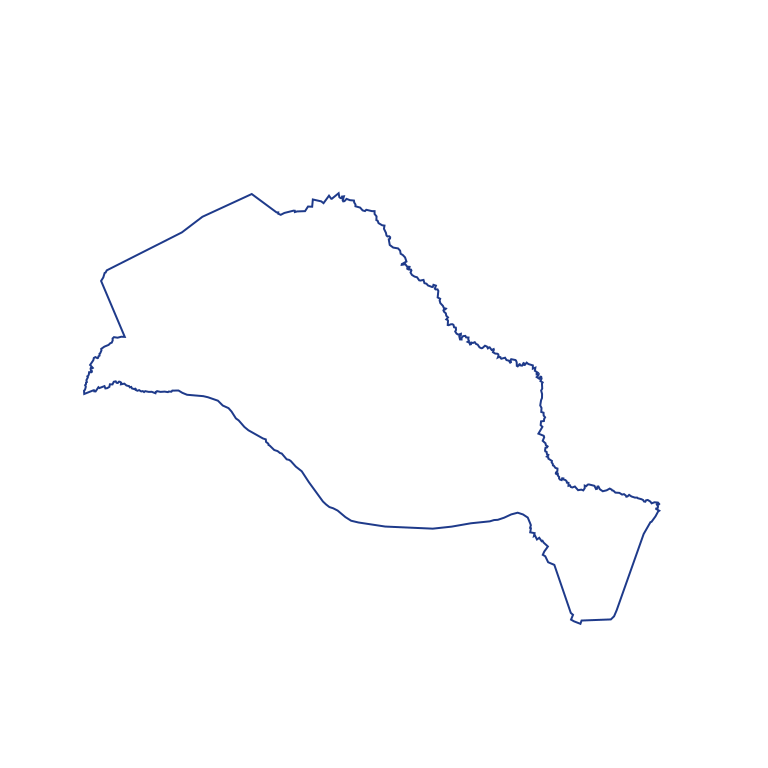 the district of Chuen Chom, Maha Sarakham, Thailand, rotated 108°
{"feature_id": "78962969B88411393036982", "entity_name": "Chuen Chom", "entity_type": "district", "adm_level": 2, "iso_a3": "THA", "parent_name": "Thailand", "parent_adm1": "Maha Sarakham", "projection": "albers", "projection_center": [103.14, 16.548], "detail": "fine", "context": "isolated", "style": "outline", "palette": "blue", "viewbox_px": 768, "rotation_deg": 108, "n_neighbors": 0, "source": "geoboundaries", "source_scale": "gbopen_adm2", "svg_char_len": 6141}
<svg xmlns="http://www.w3.org/2000/svg" viewBox="0 0 768 768"><g transform="rotate(108 384 384)"><path d="M486.1,666.0L479.7,658.3L479.6,657.7L480.5,657.3L480.2,656.0L475.3,654.6L475.8,653.4L472.4,649.2L474.3,647.6L473.5,646.0L471.6,644.3L469.0,644.6L468.3,642.1L465.4,641.7L464.4,640.0L465.5,638.7L465.3,637.5L463.7,636.8L463.5,636.1L463.9,634.4L465.6,634.1L463.9,631.0L465.0,628.5L464.8,625.8L465.7,624.7L464.9,623.5L466.1,622.3L466.0,619.7L465.3,619.2L465.6,618.4L466.4,618.2L466.6,616.4L465.5,615.0L466.1,612.6L465.3,611.2L465.8,609.7L464.6,608.9L464.2,605.3L463.2,602.5L463.4,598.5L462.0,598.6L461.7,597.9L460.9,597.6L460.6,594.2L459.0,590.2L458.5,587.0L457.7,586.4L457.0,583.8L455.7,583.3L453.7,577.4L454.7,573.1L455.1,568.0L451.4,552.1L451.0,547.3L451.2,536.8L454.3,530.7L455.0,524.4L457.3,520.5L462.5,514.2L463.5,511.0L468.0,503.5L469.9,498.7L473.2,482.3L473.2,479.3L475.5,478.3L476.5,475.6L477.7,475.0L477.8,473.9L480.7,468.0L480.7,464.5L481.8,461.5L481.7,459.8L485.7,453.3L485.5,450.8L486.1,448.8L489.8,442.4L492.4,435.3L500.6,425.1L514.6,405.8L516.5,401.8L517.9,397.9L517.9,393.9L518.7,389.0L522.5,379.6L524.2,373.0L523.6,365.5L519.2,338.8L506.5,292.9L498.7,275.5L489.6,258.3L481.9,240.9L479.4,237.3L478.0,233.8L474.0,228.4L468.7,222.7L465.1,217.1L465.1,211.5L466.6,206.0L471.4,201.9L472.9,200.7L475.7,200.6L475.8,199.7L479.9,199.1L479.3,194.7L482.3,194.4L481.4,193.6L484.6,190.5L482.3,188.8L484.8,185.5L484.1,184.8L485.5,183.2L487.9,177.9L493.8,179.8L497.4,180.2L498.0,177.4L502.8,172.8L503.4,166.1L544.0,135.6L545.1,132.9L550.3,133.3L551.0,130.0L551.4,123.1L547.9,123.0L537.8,95.5L533.8,93.4L527.1,92.8L446.4,90.7L433.1,87.9L432.4,87.0L426.0,84.9L420.5,83.9L419.5,83.1L418.7,86.6L418.2,86.6L417.7,85.4L416.6,85.4L415.8,85.6L414.2,87.3L413.7,86.8L413.7,85.5L413.1,85.2L412.1,86.8L412.9,90.2L414.8,92.6L413.5,94.4L412.8,97.3L413.6,98.8L415.2,99.1L415.4,100.4L414.3,101.7L414.0,103.5L414.2,107.4L413.8,108.2L414.5,110.2L414.5,113.9L413.7,116.6L415.7,117.7L416.3,118.7L415.4,119.5L414.6,121.7L415.6,123.4L414.8,126.5L415.8,130.4L414.6,132.8L414.7,134.1L414.1,134.8L413.7,137.0L416.3,139.4L418.4,142.8L417.4,146.2L415.2,148.4L415.6,149.3L417.8,149.0L418.4,149.9L415.8,152.4L416.2,158.1L416.8,159.2L418.7,160.1L418.6,161.7L421.1,160.9L423.6,161.6L423.5,163.7L425.0,166.6L422.5,170.8L424.2,172.9L424.2,174.5L422.9,175.9L423.8,177.1L421.0,178.0L421.3,179.6L420.2,180.1L419.3,181.7L419.3,184.4L418.4,184.4L418.6,185.4L420.5,185.4L420.5,187.2L419.7,188.3L418.3,188.7L417.4,190.3L415.3,191.1L415.2,191.9L416.3,192.4L416.1,192.9L415.1,193.1L413.2,192.2L410.8,192.9L410.8,195.1L409.2,197.3L409.2,198.2L407.7,198.9L406.8,200.3L405.3,200.5L404.2,204.6L402.8,205.2L402.7,206.7L400.7,205.8L400.3,207.4L398.3,208.4L398.2,209.8L397.1,210.4L394.7,210.7L394.0,209.4L392.8,209.1L392.1,211.2L390.5,212.1L389.0,215.5L385.1,215.2L383.9,216.1L383.5,221.8L375.8,220.1L374.7,222.3L371.0,223.1L369.8,220.5L367.6,220.9L365.9,220.5L364.7,222.4L362.0,223.4L362.0,225.8L358.1,226.8L356.1,228.8L350.9,229.6L348.5,229.4L344.6,230.6L341.7,232.5L339.5,232.1L334.8,233.9L333.5,233.6L332.9,236.1L330.2,235.8L328.6,236.7L328.7,237.5L331.0,238.0L330.2,240.9L328.5,240.0L327.0,239.9L327.7,241.8L326.9,242.1L325.7,241.3L324.8,244.6L321.7,245.1L323.4,247.2L320.3,248.2L320.4,252.9L319.6,254.9L322.4,256.0L322.6,256.9L321.1,257.1L321.0,257.8L323.9,258.4L324.2,260.3L323.3,260.8L323.3,261.3L325.9,262.3L325.7,263.3L322.4,264.5L320.9,265.7L320.6,266.5L321.1,270.7L322.4,270.9L324.0,270.0L324.7,270.6L323.2,272.5L323.4,274.9L321.6,277.0L323.7,280.2L323.5,280.9L322.5,281.6L322.7,283.0L323.6,283.9L321.4,283.9L320.4,284.6L320.2,285.7L320.7,287.6L320.1,290.2L317.5,290.1L316.9,290.5L318.4,292.1L316.5,294.8L316.6,295.4L318.0,296.2L316.6,297.7L316.4,299.8L319.4,301.5L319.9,302.5L319.6,304.5L317.6,307.1L317.5,308.8L316.2,310.6L317.5,312.1L317.6,313.7L319.3,313.6L319.8,314.4L318.4,315.4L318.1,317.5L316.8,316.5L315.4,317.7L313.7,318.0L314.3,320.3L313.1,321.5L314.0,323.5L315.9,324.5L317.7,324.0L318.1,325.5L315.6,327.0L313.9,326.0L312.5,326.4L314.1,328.5L313.7,330.5L312.1,332.5L310.3,332.2L308.2,333.1L308.4,334.9L306.4,336.1L306.0,337.2L306.5,338.8L308.1,340.7L308.2,341.6L304.0,342.7L303.5,343.2L303.3,344.7L300.9,343.7L299.8,345.9L297.7,347.0L296.8,349.1L295.7,350.2L295.0,350.1L294.0,348.7L293.2,348.4L293.3,350.5L291.5,352.1L289.7,355.4L287.4,356.9L285.6,356.9L285.1,359.7L278.7,361.1L277.5,362.3L278.1,364.2L277.6,365.1L274.4,365.0L274.4,367.6L276.6,367.6L276.9,368.3L276.7,372.6L275.5,374.6L275.6,376.7L272.8,378.6L274.4,381.4L274.5,382.6L272.3,385.5L272.4,388.2L271.6,391.2L269.8,393.2L267.6,393.0L266.9,393.6L267.5,396.1L267.2,397.5L266.5,397.6L265.7,395.8L264.7,395.9L265.2,398.3L263.5,400.7L265.2,404.0L264.4,404.1L260.6,400.5L257.1,403.1L255.5,406.0L255.0,408.4L252.2,409.9L250.7,412.5L251.4,417.4L250.0,421.5L244.9,424.2L243.8,423.2L242.5,423.5L241.9,424.7L242.6,426.3L242.0,427.5L239.6,428.9L236.4,432.0L233.2,432.5L233.6,434.8L232.7,438.9L230.7,440.5L230.5,441.9L226.9,442.9L225.2,445.5L222.5,446.4L223.3,448.9L223.8,454.7L225.4,455.5L225.5,458.0L223.6,461.2L223.8,466.1L222.1,466.6L220.6,468.4L218.8,469.3L219.7,473.2L219.5,476.8L222.3,478.1L222.9,479.2L222.2,480.0L217.9,480.1L218.7,481.8L220.4,481.2L220.6,482.8L220.1,484.2L216.6,486.1L224.0,490.9L224.1,491.5L221.9,494.5L230.7,497.4L229.7,500.1L230.5,508.7L237.6,507.1L238.7,511.1L244.0,512.5L246.7,519.9L248.0,521.9L246.8,522.4L247.1,523.6L252.1,531.6L255.0,534.5L254.7,537.3L253.5,537.6L254.0,539.2L244.2,568.5L281.1,608.4L302.3,623.1L361.6,682.8L364.0,683.2L364.7,684.0L369.4,683.9L373.4,684.9L419.3,645.1L420.2,648.4L422.3,651.7L422.9,655.3L424.6,656.2L426.4,655.5L428.8,655.7L429.9,657.0L431.9,658.0L434.9,661.5L438.0,663.8L439.4,663.1L442.5,663.4L443.1,663.9L444.9,663.3L445.9,664.1L447.5,664.0L448.0,664.6L447.6,666.8L448.9,668.0L451.2,667.8L456.7,669.4L458.7,665.9L459.1,666.2L458.8,667.4L459.2,667.8L460.1,667.8L461.8,666.8L462.0,665.8L462.7,665.6L463.3,666.0L463.9,668.1L466.0,667.7L467.6,667.8L468.4,668.5L469.3,667.7L472.3,668.2L474.0,667.2L474.7,667.8L476.2,667.4L477.5,667.9L478.4,666.9L479.3,666.7L481.7,666.6L483.1,667.2L486.1,666.0Z" fill="none" stroke="#1e3a8a" stroke-width="2"/></g></svg>